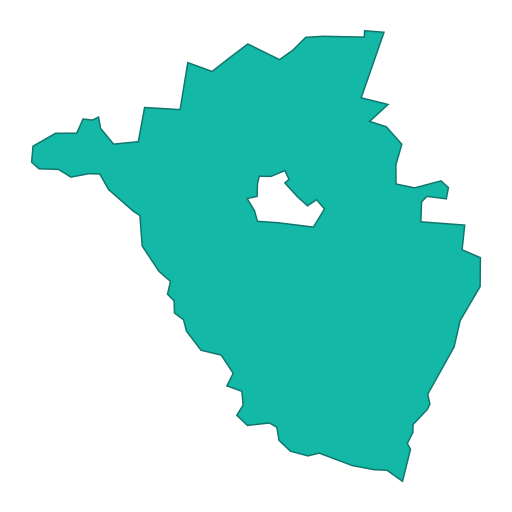 Sharof Rashidov, Jizzakh, Uzbekistan (Robinson projection)
{"feature_id": "79887680B75726526377189", "entity_name": "Sharof Rashidov", "entity_type": "district", "adm_level": 2, "iso_a3": "UZB", "parent_name": "Uzbekistan", "parent_adm1": "Jizzakh", "projection": "robinson", "projection_center": [67.817, 40.024], "detail": "fine", "context": "isolated", "style": "filled", "palette": "teal", "viewbox_px": 512, "rotation_deg": 0, "n_neighbors": 0, "source": "geoboundaries", "source_scale": "gbopen_adm2", "svg_char_len": 1343}
<svg xmlns="http://www.w3.org/2000/svg" viewBox="0 0 512 512"><path d="M33.0,146.2L31.6,162.1L39.0,168.8L58.5,169.4L70.9,177.1L88.8,173.7L99.8,174.0L108.6,189.6L133.3,211.2L139.9,215.5L142.2,246.0L159.0,271.4L170.5,281.4L167.5,294.2L174.1,300.9L174.5,313.0L183.6,319.8L186.5,331.2L201.1,350.3L221.2,355.1L233.2,373.3L226.9,385.9L241.9,391.3L243.1,405.1L236.8,415.3L247.4,425.4L269.5,423.0L276.9,427.3L279.0,440.3L290.4,451.2L308.0,455.9L319.1,453.1L352.4,465.6L374.2,469.7L386.9,470.2L402.5,481.3L410.5,449.3L407.3,443.5L412.8,432.5L413.1,424.4L427.2,409.6L429.9,404.1L427.7,394.3L454.1,346.9L460.2,320.5L480.1,286.6L480.4,257.7L462.1,249.8L464.7,225.1L420.8,221.8L421.6,201.8L426.9,196.4L446.3,198.8L448.4,187.6L441.0,180.9L414.5,187.9L396.0,184.0L395.9,164.8L401.8,144.2L386.3,126.8L369.6,121.4L388.0,104.5L361.2,97.8L384.0,32.3L364.6,30.7L364.3,37.1L322.8,36.3L305.8,37.3L292.6,50.4L279.5,59.6L267.0,53.5L247.8,44.0L228.6,58.5L212.0,71.5L187.8,62.6L180.1,109.6L144.6,107.5L138.3,141.7L113.6,144.1L100.6,128.4L98.5,117.1L92.4,120.1L83.1,119.0L76.7,133.2L55.5,133.3L33.0,146.2ZM284.9,170.6L289.0,179.3L284.9,183.0L297.5,196.8L307.5,205.8L316.6,199.7L324.5,209.0L313.4,227.1L277.7,222.7L257.4,221.3L254.5,210.7L247.1,198.5L257.1,196.4L257.5,183.6L259.3,176.2L270.9,176.4L284.9,170.6Z" fill="#14b8a6" stroke="#0f766e" stroke-width="1.5"/></svg>